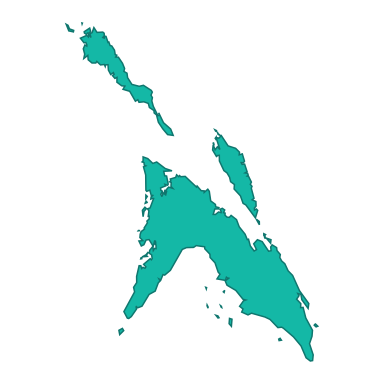 outline of Masbate, Masbate, Philippines
{"feature_id": "2640588B67488359993346", "entity_name": "Masbate", "entity_type": "district", "adm_level": 2, "iso_a3": "PHL", "parent_name": "Philippines", "parent_adm1": "Masbate", "projection": "robinson", "projection_center": [123.452, 12.45], "detail": "fine", "context": "isolated", "style": "filled", "palette": "teal", "viewbox_px": 384, "rotation_deg": 0, "n_neighbors": 0, "source": "geoboundaries", "source_scale": "gbopen_adm2", "svg_char_len": 6019}
<svg xmlns="http://www.w3.org/2000/svg" viewBox="0 0 384 384"><path d="M143.1,156.9L143.1,160.9L142.1,161.9L144.0,162.6L144.3,165.1L145.8,165.8L143.5,166.8L145.7,175.0L145.9,190.3L146.7,191.3L149.8,190.2L151.5,196.3L153.4,194.9L151.1,197.0L150.8,199.1L152.6,198.3L153.6,198.5L150.1,207.9L147.5,208.8L148.9,210.9L148.2,216.3L149.2,216.2L149.1,219.0L146.9,221.1L147.4,222.9L144.1,228.0L144.5,229.1L141.2,231.5L140.2,234.2L139.9,237.6L142.8,240.6L138.9,241.0L141.3,246.0L143.9,244.7L146.1,240.0L149.1,239.6L153.2,246.4L154.6,241.0L155.4,241.1L155.8,243.2L154.8,244.0L156.0,244.9L156.1,248.6L154.7,248.4L153.3,250.5L152.9,246.7L152.6,246.7L149.7,250.3L149.3,253.3L151.6,254.8L152.2,258.6L151.3,259.8L150.2,258.7L143.6,264.3L145.9,266.9L144.9,268.3L143.0,267.3L141.7,268.5L140.8,265.7L139.1,265.7L136.6,276.5L136.7,282.6L133.6,287.3L134.6,291.9L123.9,311.6L127.3,318.1L128.7,318.5L131.3,316.6L136.5,309.1L136.1,306.9L136.3,306.6L137.7,307.8L142.0,306.2L149.1,294.4L155.2,291.1L158.3,282.8L160.1,281.0L159.0,279.0L160.8,280.0L163.0,274.6L164.7,275.1L170.4,270.3L182.3,249.4L186.5,247.6L193.6,247.4L196.2,245.6L204.6,246.8L204.8,248.8L209.9,254.2L210.1,257.5L215.0,262.8L218.2,272.2L220.0,274.2L217.0,278.9L225.4,280.4L226.4,277.2L228.2,278.5L229.5,277.7L225.2,280.9L227.0,285.2L235.8,290.4L243.0,299.3L245.7,300.0L243.5,300.8L239.6,306.3L243.0,309.0L241.7,312.1L248.0,314.9L251.5,313.2L264.9,317.0L270.0,319.4L277.9,327.6L281.7,327.2L283.5,328.3L293.5,336.9L301.0,345.9L306.1,357.8L310.3,361.0L312.6,360.6L313.2,354.9L309.5,343.7L312.0,336.3L312.5,330.3L305.8,318.0L303.1,307.4L300.6,307.6L300.8,303.6L296.6,299.2L299.0,295.7L297.8,293.5L300.9,294.4L301.8,299.7L308.1,308.4L308.8,303.6L299.5,290.7L292.6,275.4L288.1,270.8L284.8,263.7L281.7,261.0L279.8,257.5L280.3,254.5L277.0,250.6L276.6,247.6L272.2,244.9L270.7,247.0L271.1,250.7L268.6,251.2L262.2,241.6L257.4,239.7L253.7,243.8L256.5,249.6L254.1,251.0L250.3,245.9L248.5,239.2L247.3,239.6L245.1,234.2L239.2,226.8L236.5,219.6L231.1,215.4L229.3,217.4L227.0,217.1L225.0,215.2L225.1,213.1L223.5,212.7L224.7,210.0L222.3,208.3L220.0,209.3L221.2,211.6L221.1,212.6L218.6,212.0L215.4,214.5L213.2,214.4L214.8,209.0L218.6,208.9L218.9,207.6L215.7,206.8L215.4,204.4L210.7,200.9L209.3,191.3L207.8,189.2L204.2,192.4L204.2,190.9L201.2,190.7L197.1,186.0L196.5,187.1L185.2,176.4L180.7,176.7L179.6,175.6L178.8,176.7L176.6,174.8L175.7,177.4L170.3,179.0L170.8,180.8L169.7,181.8L171.2,182.5L171.0,186.4L172.8,188.4L168.6,187.1L165.5,190.6L166.6,191.3L165.7,194.9L162.6,192.5L162.9,194.1L162.1,196.1L161.8,196.2L160.8,194.3L162.4,191.2L160.8,190.2L160.6,187.9L165.7,185.9L165.0,184.4L167.6,185.2L168.2,184.1L166.6,176.0L164.7,175.8L163.7,171.3L172.0,170.8L165.2,168.5L156.7,162.0L152.8,163.4L147.8,158.6L143.1,156.9ZM93.9,27.6L92.1,32.6L89.9,33.7L91.0,37.5L88.6,34.6L88.3,36.9L86.7,35.4L80.4,38.2L84.0,42.8L85.9,42.5L86.9,44.9L86.8,46.1L84.9,45.0L83.3,48.8L84.7,54.1L83.8,58.5L87.8,55.4L88.2,59.8L92.0,63.0L95.8,63.0L96.8,61.4L100.5,64.9L104.3,64.5L105.2,66.5L105.6,64.8L108.0,64.7L108.4,70.1L110.7,74.5L113.4,72.6L114.1,74.4L112.5,75.6L114.9,78.4L117.0,77.4L116.9,82.2L121.7,85.8L124.9,86.1L123.0,89.3L129.7,91.3L135.4,101.2L137.8,99.7L139.0,102.3L143.9,101.8L148.3,103.4L149.4,107.5L153.9,110.5L154.2,113.0L156.5,114.9L158.4,122.3L162.9,129.0L167.6,134.6L173.2,135.4L170.7,129.1L163.5,122.7L158.7,112.8L159.4,115.3L157.9,115.6L153.3,106.3L151.8,100.8L152.4,97.6L151.0,95.2L152.3,92.1L151.3,90.4L143.4,85.3L139.2,86.3L131.9,84.4L127.6,77.7L127.0,73.2L123.9,71.4L124.6,68.5L122.5,63.3L118.4,57.2L115.7,57.0L116.8,55.2L115.2,54.5L114.5,50.2L111.8,46.0L110.1,45.5L108.8,42.0L108.0,42.4L106.0,36.4L104.5,36.2L104.2,38.1L102.8,37.5L104.4,35.6L104.1,33.2L102.8,32.1L97.0,32.4L93.9,27.6ZM221.3,135.6L218.7,138.2L217.0,137.7L216.6,139.2L219.9,149.5L217.4,146.8L215.1,149.8L213.2,144.9L212.6,150.0L216.8,157.1L216.5,155.7L219.3,155.3L219.4,161.0L223.9,170.6L227.0,172.9L229.6,177.3L230.6,181.7L234.4,184.5L234.1,189.0L240.4,195.8L243.1,203.4L245.8,204.9L255.4,217.9L257.7,210.4L256.4,209.0L254.5,210.0L254.4,208.1L256.1,206.1L255.9,201.5L252.1,199.8L254.0,198.3L251.3,188.2L252.0,186.3L250.3,184.3L251.4,182.1L248.6,176.4L247.1,176.1L248.2,175.1L247.6,173.3L245.1,172.9L247.1,171.7L244.6,164.1L242.1,164.4L241.2,162.6L243.5,162.6L244.5,161.2L242.3,153.9L239.2,154.8L239.5,152.2L235.6,148.3L228.1,145.9L221.3,135.6ZM229.5,318.4L229.1,323.7L231.4,326.3L232.0,319.2L229.5,318.4ZM122.4,328.4L118.9,330.3L119.7,334.6L123.7,330.6L122.4,328.4ZM89.7,28.1L84.2,31.7L84.4,33.0L86.6,34.6L87.4,33.0L89.5,33.0L90.6,31.2L89.7,28.1ZM66.2,24.3L68.8,30.9L73.4,31.9L73.7,30.4L69.5,28.9L68.0,25.3L66.2,24.3ZM144.9,207.2L142.4,210.3L143.1,216.7L144.0,211.4L146.4,208.6L144.9,207.2ZM271.0,239.7L266.3,238.1L270.6,243.2L271.0,239.7ZM148.3,251.9L146.0,254.8L142.1,256.9L147.3,256.4L146.4,255.4L148.3,251.9ZM317.8,326.2L315.5,324.0L314.8,324.4L314.6,324.8L314.3,325.0L314.2,325.2L316.1,326.9L317.8,326.2ZM259.3,221.5L256.2,219.1L259.4,224.8L259.3,221.5ZM280.1,338.3L278.7,339.1L279.1,340.6L281.4,340.2L280.1,338.3ZM217.4,132.0L218.1,134.4L220.4,135.5L218.0,133.6L217.4,132.0ZM147.3,196.4L145.9,195.1L145.8,198.8L147.3,196.4ZM215.9,315.3L218.0,318.0L219.0,317.7L217.9,315.9L215.9,315.3ZM263.8,233.7L263.8,235.4L264.3,236.2L265.6,234.6L263.8,233.7ZM164.8,190.7L164.4,192.4L165.0,193.1L165.8,191.6L164.8,190.7ZM208.0,308.2L208.1,307.0L207.1,305.0L207.0,305.7L208.0,308.2ZM206.6,287.6L205.7,287.3L206.3,288.9L206.6,287.6ZM214.9,129.8L215.6,131.1L216.7,131.6L216.5,130.6L214.9,129.8ZM146.5,201.4L145.5,202.2L145.2,203.3L147.1,202.5L146.5,201.4ZM141.9,257.5L141.0,257.8L140.7,258.9L141.8,258.7L141.9,257.5ZM213.4,142.4L213.2,143.6L213.9,144.9L214.0,144.5L213.4,142.4ZM224.1,292.5L224.7,290.3L223.3,291.8L224.1,292.5ZM216.1,137.1L215.2,138.3L215.8,139.2L216.1,138.6L216.1,137.1ZM140.1,230.6L138.4,230.5L138.2,230.8L140.1,230.6ZM220.6,305.7L221.2,307.2L221.7,307.5L221.4,306.3L220.6,305.7ZM265.2,237.3L264.7,237.7L265.4,238.7L265.2,237.3ZM82.4,23.1L81.9,23.0L82.1,23.9L82.4,23.1Z" fill="#14b8a6" stroke="#0f766e" stroke-width="1.5"/></svg>